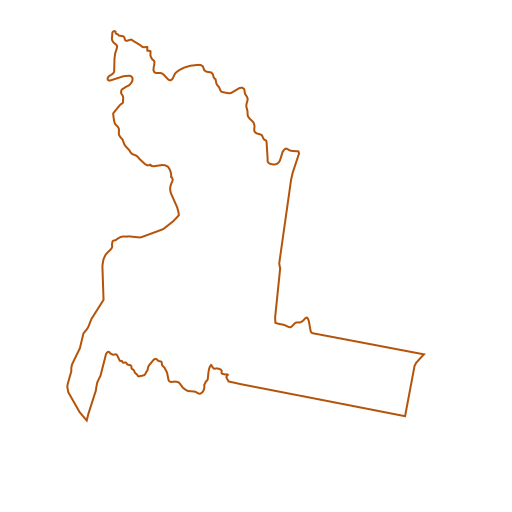 the border of Chuquisaca, rotated 11°
{"feature_id": "BOL-1292", "entity_name": "Chuquisaca", "entity_type": "Department", "adm_level": 1, "iso_a3": "BOL", "parent_name": "Bolivia", "parent_adm1": "", "projection": "robinson", "projection_center": [-64.786, -19.94], "detail": "fine", "context": "isolated", "style": "outline", "palette": "amber", "viewbox_px": 512, "rotation_deg": 11, "n_neighbors": 0, "source": "natural_earth", "source_scale": "10m", "svg_char_len": 5939}
<svg xmlns="http://www.w3.org/2000/svg" viewBox="0 0 512 512"><g transform="rotate(11 256 256)"><path d="M439.6,320.5L437.3,324.1L433.5,330.5L432.6,333.7L432.9,384.8L264.8,384.7L255.0,384.4L252.9,384.4L252.8,384.0L250.8,381.8L250.0,380.6L250.3,379.4L251.0,378.0L250.3,377.7L249.1,377.9L248.5,378.2L245.5,378.1L244.5,377.4L244.2,375.2L243.3,374.3L241.2,373.8L238.9,373.8L237.3,374.4L236.1,374.6L234.6,373.5L233.3,371.9L232.7,371.6L231.8,373.7L231.7,374.3L231.5,375.5L231.5,378.5L232.1,385.8L232.1,386.4L231.9,387.1L231.5,387.9L230.7,388.9L230.3,390.9L229.9,391.9L229.8,392.5L230.3,394.3L230.4,395.0L230.3,397.4L230.1,398.1L229.9,398.8L229.7,399.4L228.9,400.5L228.4,401.1L227.3,401.9L226.6,402.0L225.7,401.9L222.9,401.0L221.6,400.8L215.2,401.5L213.3,401.1L209.4,399.3L205.6,395.8L204.7,395.1L204.2,394.9L202.8,394.6L202.1,394.6L200.2,394.8L196.9,395.8L196.0,395.8L195.2,395.7L194.7,395.4L194.3,395.0L193.9,394.6L193.6,394.0L191.1,387.8L190.8,387.3L187.6,383.2L187.2,382.9L185.2,381.6L184.8,381.2L184.5,380.7L183.9,378.9L183.7,378.3L183.3,377.9L182.8,377.7L182.2,377.7L180.9,377.7L180.3,377.5L179.7,377.3L178.3,376.4L177.7,376.2L177.1,376.1L176.4,376.4L175.6,377.0L174.6,378.6L173.7,380.4L172.2,383.0L171.5,384.8L171.3,386.3L171.3,388.5L171.2,389.1L170.4,390.8L170.2,391.5L169.9,392.9L169.5,393.7L168.8,394.4L167.0,395.3L165.1,396.0L163.8,396.6L163.3,396.5L162.8,396.2L162.1,395.3L161.7,395.0L160.1,394.1L159.6,393.8L159.2,393.4L158.3,392.0L158.0,391.6L157.5,391.2L157.0,390.9L155.8,390.5L155.3,390.1L154.8,388.3L154.5,387.8L154.1,387.4L153.5,387.2L152.9,387.1L151.6,387.2L151.0,387.2L150.4,387.0L150.0,386.6L149.2,385.8L148.7,385.5L148.1,385.4L147.5,385.6L146.5,386.0L146.0,386.1L145.5,386.0L145.2,385.6L144.5,384.7L143.8,384.7L143.1,384.9L142.3,384.8L142.2,384.7L138.9,380.3L138.1,379.5L137.6,379.3L137.0,379.3L136.4,379.5L134.9,380.1L134.3,380.2L133.7,380.1L131.9,379.5L131.4,379.2L130.0,378.2L129.4,378.2L128.8,378.5L128.1,379.4L127.8,380.1L127.5,380.9L126.2,403.1L124.4,409.9L124.3,411.1L124.3,416.0L124.5,418.5L121.6,442.8L121.2,449.8L112.5,442.8L97.7,425.5L95.9,420.9L95.7,420.2L95.6,417.2L96.7,404.5L96.6,403.8L96.3,402.6L96.1,401.2L96.0,399.6L96.2,397.1L100.7,380.2L101.4,364.9L104.1,359.8L104.9,357.7L106.2,350.7L106.6,348.9L114.7,328.1L107.3,295.9L107.0,293.4L106.9,289.1L107.0,287.9L108.0,283.9L108.5,282.8L109.1,281.7L112.6,276.5L113.1,274.5L112.5,272.4L112.4,271.7L112.4,269.1L112.8,268.4L113.3,268.0L114.5,267.6L115.0,267.3L115.4,267.0L117.2,265.1L119.3,263.3L121.8,262.2L125.0,261.7L127.3,261.0L138.1,260.0L139.9,259.4L159.8,247.3L168.0,237.8L171.5,232.4L172.5,230.7L171.7,228.2L169.4,223.4L160.5,210.6L159.4,208.2L158.8,206.0L158.7,203.6L159.0,201.1L159.6,199.0L159.7,198.0L159.7,196.9L159.3,196.2L158.6,195.2L157.9,194.4L157.6,194.5L157.1,191.9L155.9,189.2L154.2,186.8L152.4,185.1L149.6,184.3L146.5,184.6L138.3,187.5L135.9,187.5L135.6,187.2L135.3,186.7L134.9,186.5L134.1,187.1L132.0,187.8L129.4,186.9L123.0,182.9L121.3,181.5L119.6,180.4L114.9,179.5L113.1,178.2L111.6,176.5L106.4,172.6L105.2,171.2L102.9,167.3L100.1,165.1L98.6,163.5L98.0,162.1L97.5,158.8L97.1,157.3L96.4,156.3L95.7,155.6L92.3,153.1L90.7,149.9L88.7,144.0L88.7,143.3L88.8,142.8L89.3,141.8L93.7,133.7L94.4,132.8L95.8,131.5L96.1,130.8L96.1,130.2L96.0,129.7L95.7,128.4L95.6,126.8L95.2,125.3L94.6,124.2L93.8,123.2L92.9,122.4L92.7,122.1L92.4,121.4L92.2,120.1L92.3,119.0L92.5,118.3L92.7,118.0L96.5,114.4L98.2,113.2L98.9,112.6L99.6,111.5L100.7,109.5L101.1,108.0L101.2,106.8L101.0,105.6L100.8,104.9L100.3,104.3L99.8,103.9L99.2,103.5L98.6,103.3L98.1,103.2L97.4,103.2L92.8,104.4L90.7,105.3L79.3,111.6L78.7,111.7L78.2,111.8L77.7,111.7L76.9,111.2L76.6,110.6L76.5,109.8L76.6,109.0L76.9,108.3L77.3,107.8L77.7,107.2L80.2,104.9L81.0,103.8L81.5,102.7L81.6,102.2L79.4,89.0L79.1,83.9L79.8,78.1L79.7,76.8L79.3,75.9L78.2,75.1L75.9,73.9L75.2,73.4L74.5,72.7L73.5,71.4L73.2,70.6L73.0,69.9L73.0,68.8L72.4,64.5L72.6,63.4L73.0,62.9L73.5,62.5L74.1,62.3L74.6,62.2L75.1,62.4L75.4,62.8L75.6,63.8L75.9,64.2L76.3,64.5L77.6,64.7L78.2,64.9L78.7,65.3L79.3,65.7L80.0,65.8L83.1,65.6L83.9,65.8L84.5,66.1L84.9,66.4L85.3,66.9L85.8,68.1L86.1,68.8L86.6,69.2L87.2,69.5L87.8,69.5L88.4,69.3L91.4,67.7L92.1,67.5L92.6,67.4L93.1,67.6L93.9,68.1L101.9,71.0L104.3,72.3L105.9,72.5L109.4,71.6L109.7,72.8L109.8,73.9L110.2,75.2L111.1,75.2L112.3,74.8L113.4,75.2L114.1,79.3L114.7,80.4L115.8,81.8L116.9,83.0L118.1,83.4L119.3,84.7L119.6,87.6L119.6,90.9L119.9,93.3L121.3,95.1L123.2,95.4L127.3,94.6L129.2,94.8L131.0,95.8L135.9,99.3L137.3,99.9L138.7,99.8L140.0,98.5L140.6,96.9L141.4,93.4L142.1,91.7L143.2,90.3L145.6,87.8L149.5,84.8L155.2,81.8L162.8,79.4L165.2,79.1L167.2,79.7L168.0,80.5L169.2,82.6L169.9,83.6L172.0,84.5L177.1,84.4L179.0,85.9L180.3,88.5L181.2,89.6L182.5,90.1L182.7,90.7L184.2,94.2L185.1,95.4L187.2,97.1L188.1,98.2L189.7,100.6L190.7,101.3L192.2,101.5L197.5,101.5L199.2,101.2L200.5,100.7L207.7,94.3L210.1,93.4L212.3,94.2L212.9,95.1L213.9,98.0L214.4,99.0L216.6,101.3L217.6,102.8L218.0,104.2L217.9,105.8L217.7,107.6L217.7,109.6L218.0,111.2L219.5,114.3L220.1,115.9L220.9,119.2L221.6,120.6L223.8,122.6L226.0,123.9L228.1,125.4L229.6,128.2L229.9,129.8L230.0,131.5L230.3,133.1L231.1,134.4L232.4,135.2L233.9,135.6L237.0,135.8L238.7,136.3L239.6,137.5L240.5,138.9L241.7,140.1L242.5,140.4L243.2,140.5L243.9,140.8L244.5,141.7L248.9,158.5L249.1,160.0L249.6,161.3L250.6,162.2L252.2,162.8L254.1,162.9L256.1,162.8L257.7,162.3L259.0,161.5L260.0,160.4L260.8,159.1L261.3,157.4L262.3,148.5L263.5,146.0L264.8,144.9L266.0,144.9L268.9,145.9L271.1,146.0L277.7,145.2L278.7,147.1L276.1,167.4L275.9,174.7L280.2,258.8L280.6,260.0L282.1,263.7L286.5,312.8L287.8,317.9L290.2,318.2L296.8,318.3L301.6,319.4L302.7,319.5L303.6,319.2L304.1,318.8L304.7,318.1L306.6,315.2L307.3,314.3L308.2,313.6L309.3,313.3L311.3,313.0L312.2,312.6L312.8,312.2L314.1,311.0L314.8,310.1L316.1,308.0L316.8,307.2L317.7,306.7L319.1,307.8L320.5,310.3L323.7,318.7L324.6,320.2L325.4,320.7L326.4,321.0L439.6,320.5Z" fill="none" stroke="#b45309" stroke-width="2"/></g></svg>